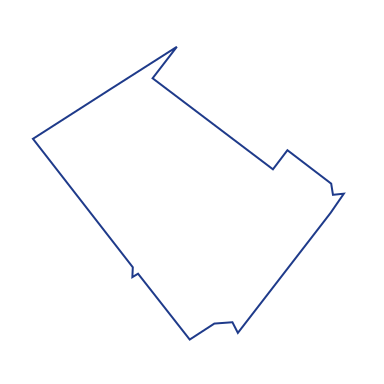 the district of Bleckley, Georgia, United States of America, rotated 262°
{"feature_id": "52423323B95908635814983", "entity_name": "Bleckley", "entity_type": "district", "adm_level": 2, "iso_a3": "USA", "parent_name": "United States of America", "parent_adm1": "Georgia", "projection": "mercator", "projection_center": [-83.355, 32.428], "detail": "fine", "context": "isolated", "style": "outline", "palette": "blue", "viewbox_px": 384, "rotation_deg": 262, "n_neighbors": 0, "source": "geoboundaries", "source_scale": "gbopen_adm2", "svg_char_len": 376}
<svg xmlns="http://www.w3.org/2000/svg" viewBox="0 0 384 384"><g transform="rotate(262 192 192)"><path d="M46.2,169.2L58.6,195.8L57.4,213.9L46.1,217.8L152.0,326.3L169.2,342.1L169.6,331.2L180.9,331.0L220.1,292.3L203.2,275.3L310.1,168.8L337.9,197.2L305.0,125.1L266.8,41.9L125.7,122.9L116.0,121.1L118.6,127.2L46.2,169.2Z" fill="none" stroke="#1e3a8a" stroke-width="2"/></g></svg>